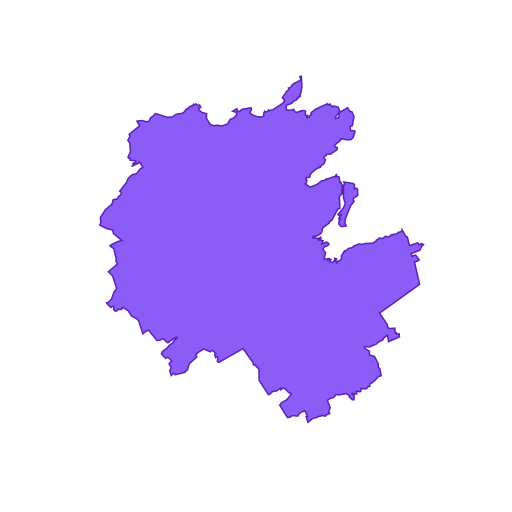 Tønsberg nor, Vestfold, Norway, rotated 243°
{"feature_id": "86288312B49956030196475", "entity_name": "Tønsberg nor", "entity_type": "district", "adm_level": 2, "iso_a3": "NOR", "parent_name": "Norway", "parent_adm1": "Vestfold", "projection": "albers", "projection_center": [10.379, 59.3], "detail": "fine", "context": "isolated", "style": "filled", "palette": "violet", "viewbox_px": 512, "rotation_deg": 243, "n_neighbors": 0, "source": "geoboundaries", "source_scale": "gbopen_adm2", "svg_char_len": 6113}
<svg xmlns="http://www.w3.org/2000/svg" viewBox="0 0 512 512"><g transform="rotate(243 256 256)"><path d="M354.4,130.8L347.9,135.7L344.2,140.0L340.6,139.2L330.7,143.6L331.6,140.0L331.8,132.4L331.3,130.5L327.1,132.6L316.7,130.1L315.2,128.8L311.8,129.0L309.0,117.3L303.4,119.2L290.2,117.1L288.6,113.3L283.3,107.8L281.7,103.3L282.2,101.7L281.3,101.6L276.0,103.3L276.4,105.1L275.5,106.3L272.7,104.8L270.5,105.8L270.3,107.2L271.1,108.4L269.4,112.0L270.8,114.0L265.4,117.2L259.1,117.8L254.2,121.2L251.3,122.0L238.0,119.9L238.8,122.8L238.8,126.5L225.6,129.4L224.5,132.5L224.8,135.6L219.1,137.6L218.5,139.4L219.4,140.4L219.2,142.5L220.0,145.2L219.6,148.4L218.3,148.0L218.5,146.0L216.4,142.1L215.8,138.5L214.1,134.2L213.5,129.5L211.7,127.3L205.8,129.0L206.0,131.6L200.4,133.3L199.9,130.3L199.0,129.5L195.0,129.9L193.1,127.1L188.0,126.2L188.8,128.6L187.9,130.2L186.9,130.0L184.6,140.0L185.3,140.4L185.5,143.1L190.3,147.6L192.9,157.4L195.3,157.6L196.4,160.9L196.9,167.3L191.4,171.7L191.8,173.0L191.3,174.5L187.4,175.9L186.7,174.3L183.8,173.9L184.1,175.5L183.3,176.2L179.7,173.7L178.1,174.5L179.4,202.4L162.0,205.0L160.1,204.3L159.5,205.4L154.0,207.3L143.7,202.3L126.9,204.1L126.5,204.9L127.8,209.9L126.4,212.9L127.1,217.6L125.6,217.2L126.1,220.0L124.3,221.8L120.0,222.9L116.9,225.0L113.9,218.0L113.7,211.6L112.3,210.6L112.5,209.4L97.7,210.7L96.9,213.5L97.4,215.8L94.4,220.5L96.2,223.7L96.0,229.3L89.6,229.1L90.2,227.8L84.2,226.8L85.5,232.8L84.5,236.8L84.8,238.3L83.8,241.5L84.1,242.2L81.8,245.1L82.5,245.9L82.2,250.3L84.6,250.2L87.1,253.3L95.0,254.0L95.4,257.5L94.7,260.5L96.1,264.7L94.7,266.6L92.5,273.7L89.4,275.8L88.1,275.2L84.2,276.5L83.5,278.1L87.6,280.4L89.2,278.9L90.0,279.4L87.3,283.1L90.0,284.1L87.9,286.7L87.8,288.0L90.5,289.4L88.9,291.1L87.6,294.3L88.6,296.5L88.2,298.2L90.6,299.6L90.3,301.6L91.2,305.5L93.0,310.6L92.5,313.2L99.4,315.2L101.8,314.5L104.0,316.0L111.6,316.0L113.1,315.7L116.3,312.2L119.7,313.8L124.1,311.2L126.1,311.5L123.5,315.8L122.9,323.2L123.8,326.0L123.7,330.9L125.0,333.0L125.7,337.2L119.5,335.2L118.8,347.1L121.6,348.2L122.6,345.8L124.1,346.2L124.7,345.1L128.7,347.0L130.3,342.9L132.2,340.8L135.1,341.9L149.0,340.2L156.5,388.9L178.8,394.5L178.1,397.5L178.4,399.6L184.4,398.7L184.9,394.7L187.6,395.6L186.7,404.4L189.6,408.4L190.0,410.4L191.9,409.4L192.0,406.3L194.3,406.3L195.5,397.8L196.0,397.5L204.4,399.5L205.5,398.4L212.9,398.1L211.9,397.5L212.0,394.1L212.6,393.8L211.8,391.7L213.5,385.8L212.8,383.5L213.4,381.5L214.8,380.7L214.1,377.0L216.1,373.7L215.5,373.5L215.5,370.3L214.7,369.8L214.5,365.5L217.4,359.5L218.3,355.5L219.9,353.4L220.5,347.2L219.9,346.8L219.8,345.1L220.8,341.9L219.6,337.5L220.4,337.2L217.2,331.9L214.7,331.2L213.6,326.8L214.4,326.4L213.1,324.8L215.2,324.5L217.0,326.5L217.8,325.7L218.2,325.0L216.3,324.1L215.7,321.0L217.4,318.9L218.8,321.1L219.5,320.5L219.8,318.2L220.6,319.7L222.2,315.1L227.2,319.5L231.7,318.7L233.2,321.4L232.7,323.1L233.1,326.1L234.1,326.5L236.5,325.1L236.8,320.1L236.0,319.1L239.2,322.7L242.4,318.2L242.0,321.7L242.7,321.4L243.6,322.7L243.2,320.0L246.3,314.9L247.4,316.3L246.7,316.9L246.2,321.7L246.9,324.8L250.9,328.6L252.1,336.3L253.6,337.0L253.1,338.3L253.8,340.4L260.7,350.3L260.3,352.4L271.2,357.3L272.4,360.8L279.5,364.7L283.3,365.1L283.4,364.2L288.6,365.9L289.6,365.4L290.4,363.1L292.4,365.2L290.8,362.2L291.5,360.6L292.2,354.1L292.8,353.9L292.3,351.9L293.2,348.3L292.2,343.8L292.2,339.9L293.1,335.0L295.9,334.0L296.4,332.8L298.1,332.8L298.1,333.8L300.1,335.7L302.4,335.6L302.7,337.2L301.8,339.8L304.0,341.3L305.1,344.2L306.3,349.6L305.9,353.8L306.6,353.9L307.4,358.5L310.3,361.7L312.8,360.9L313.8,362.7L313.5,363.8L314.8,365.3L312.9,368.5L313.9,376.3L315.7,377.7L317.4,375.9L318.6,376.3L319.3,377.4L320.4,382.6L321.5,383.9L321.0,384.2L321.8,385.2L318.0,390.1L316.6,393.5L317.4,396.3L322.0,400.8L323.1,400.3L324.7,397.1L327.9,398.4L328.9,399.2L328.3,400.7L328.9,401.4L335.6,406.6L340.9,406.9L342.4,405.2L346.5,405.0L346.1,397.6L346.7,396.4L341.8,392.5L342.3,389.4L343.7,389.7L346.7,396.3L351.4,396.8L354.6,392.9L354.3,391.5L357.8,390.9L357.8,388.8L359.2,388.9L359.8,375.7L358.6,370.1L356.5,368.7L356.7,366.9L355.5,366.5L356.1,364.4L358.0,365.6L358.2,364.3L360.1,364.3L362.5,365.9L363.9,364.8L364.9,362.2L365.4,357.8L366.3,356.4L369.6,356.0L370.0,353.4L372.4,349.3L376.5,351.3L375.8,357.3L376.9,359.7L376.7,363.4L378.1,364.8L377.7,365.1L378.3,365.4L377.9,367.2L378.5,368.3L380.1,368.0L380.5,369.6L385.8,373.7L395.6,378.0L395.9,376.5L392.9,376.2L392.4,374.4L392.5,368.1L391.9,365.3L390.5,363.9L390.9,361.1L389.5,361.1L388.6,357.6L384.9,351.3L382.0,352.4L380.0,349.6L378.6,337.3L379.6,333.8L380.4,333.6L379.6,332.2L379.9,329.9L381.0,329.5L379.6,327.5L377.2,326.8L377.6,323.6L380.2,319.5L384.6,316.1L386.5,315.6L388.5,318.5L390.4,318.8L393.1,309.8L392.1,307.4L393.6,305.2L395.9,305.8L395.6,300.9L392.4,304.1L390.1,302.0L389.1,298.3L389.5,295.2L386.5,290.3L387.3,284.8L390.2,280.7L391.3,277.3L394.5,274.9L401.4,274.4L405.2,276.6L408.7,272.9L411.8,271.5L413.5,272.2L413.5,274.3L416.2,274.3L416.3,272.9L418.7,271.6L418.8,269.5L419.6,269.2L418.5,267.4L419.2,266.7L418.9,263.3L418.2,262.6L418.6,260.5L416.8,257.2L416.8,254.2L418.5,249.4L417.9,244.5L420.1,239.7L428.3,231.4L428.5,230.4L427.2,227.4L427.1,224.8L424.7,222.0L425.1,219.7L428.5,215.8L430.2,211.2L424.8,211.4L422.0,198.2L419.9,198.2L417.2,194.3L413.7,194.9L405.8,191.3L402.4,187.0L401.0,186.8L400.5,188.1L398.5,187.3L395.5,191.9L394.1,191.6L394.4,188.3L392.4,188.0L392.4,185.7L392.1,188.3L392.7,189.1L392.2,189.6L392.0,193.7L392.7,194.1L392.2,195.1L386.4,195.4L386.1,191.9L383.6,187.0L384.5,183.5L384.4,181.3L383.0,177.0L380.6,174.5L375.6,163.9L373.6,164.9L371.8,163.2L371.4,160.6L369.9,158.3L371.0,154.2L367.6,151.2L365.6,142.8L361.0,134.8L356.4,133.0L354.4,130.8ZM282.1,367.8L279.9,367.6L279.2,367.0L279.5,366.2L268.5,360.5L262.1,359.3L258.9,355.4L255.8,347.8L253.8,348.8L254.5,351.5L251.6,346.2L251.7,347.9L250.3,348.1L249.8,346.1L247.0,344.3L243.5,345.2L241.8,350.0L245.4,350.3L248.6,352.6L257.9,363.2L260.1,368.2L261.7,368.0L263.3,369.3L263.7,374.1L269.3,376.8L271.1,376.0L271.3,374.2L275.1,376.2L276.8,375.1L282.1,367.8Z" fill="#8b5cf6" stroke="#5b21b6" stroke-width="1.5"/></g></svg>